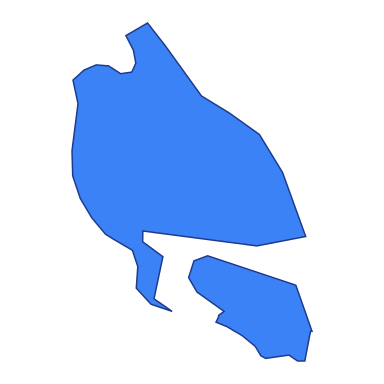 an SVG outline of Herceg Novi
{"feature_id": "MNE-1506", "entity_name": "Herceg Novi", "entity_type": "Municipality", "adm_level": 1, "iso_a3": "MNE", "parent_name": "Montenegro", "parent_adm1": "", "projection": "orthographic", "projection_center": [18.544, 42.482], "detail": "fine", "context": "isolated", "style": "filled", "palette": "blue", "viewbox_px": 384, "rotation_deg": 0, "n_neighbors": 0, "source": "natural_earth", "source_scale": "10m", "svg_char_len": 785}
<svg xmlns="http://www.w3.org/2000/svg" viewBox="0 0 384 384"><path d="M136.3,288.2L137.8,266.6L132.4,250.3L113.8,239.4L105.5,234.2L91.7,217.7L80.3,198.5L72.7,175.9L72.0,150.7L78.0,103.7L73.0,80.1L84.1,70.0L96.2,64.9L108.6,65.9L120.7,73.7L131.8,72.1L135.8,63.2L133.4,50.2L125.9,35.6L147.5,23.0L165.3,45.8L201.5,96.0L229.3,113.0L259.4,134.5L282.5,172.4L305.7,236.5L256.8,245.9L142.8,231.0L142.7,241.8L162.9,256.7L154.0,298.8L172.1,311.4L151.1,304.3L136.3,288.2ZM310.5,331.3L304.8,361.0L297.6,361.0L288.9,355.1L265.6,358.4L260.8,355.7L255.2,346.3L242.1,335.6L227.0,326.7L216.0,322.2L218.5,317.1L218.6,315.5L219.7,314.5L224.1,311.4L197.0,292.1L188.6,277.6L194.0,260.8L207.6,255.8L295.8,285.2L304.6,310.1L312.0,331.3L310.5,331.3Z" fill="#3b82f6" stroke="#1e3a8a" stroke-width="1.5"/></svg>